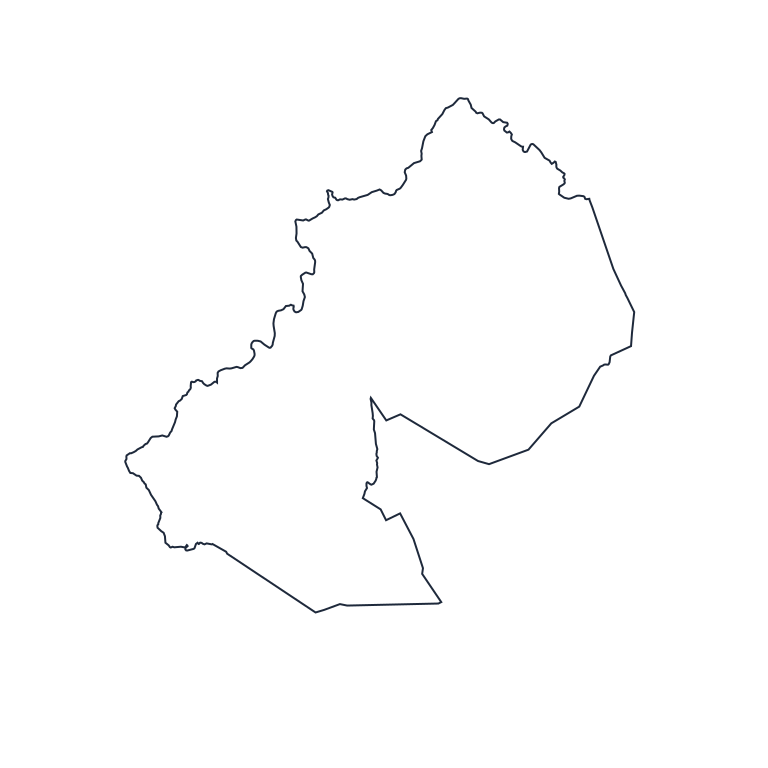 the district of Marahoue, Marahoué, Ivory Coast, rotated 243°
{"feature_id": "98640826B99867209198649", "entity_name": "Marahoue", "entity_type": "district", "adm_level": 2, "iso_a3": "CIV", "parent_name": "Ivory Coast", "parent_adm1": "Marahoué", "projection": "albers", "projection_center": [-5.732, 7.127], "detail": "fine", "context": "isolated", "style": "outline", "palette": "slate", "viewbox_px": 768, "rotation_deg": 243, "n_neighbors": 0, "source": "geoboundaries", "source_scale": "gbopen_adm2", "svg_char_len": 6166}
<svg xmlns="http://www.w3.org/2000/svg" viewBox="0 0 768 768"><g transform="rotate(243 384 384)"><path d="M498.0,332.0L496.3,328.4L496.4,325.7L497.2,323.1L497.3,321.7L496.9,320.6L496.1,319.6L491.7,315.4L488.2,313.0L485.8,312.0L478.9,309.8L476.4,308.4L471.1,303.6L469.8,302.8L468.9,301.8L467.9,299.4L468.3,298.3L469.4,297.6L473.4,295.3L477.9,293.4L479.8,291.2L481.2,288.6L481.5,287.4L481.1,286.0L480.3,284.5L479.3,283.6L476.4,282.1L475.2,282.5L474.2,283.3L472.8,283.3L469.7,282.4L468.5,281.8L467.5,280.8L465.8,278.0L464.7,275.3L464.3,273.9L463.8,268.7L462.6,265.3L463.3,263.3L465.4,261.4L466.2,260.4L467.2,255.2L467.8,253.5L469.4,250.9L469.9,249.2L470.4,244.7L470.3,242.2L469.4,240.8L466.6,239.5L464.7,237.7L461.1,235.9L462.0,235.5L462.8,234.5L462.9,233.7L462.0,229.5L462.4,226.0L463.2,225.1L465.4,223.8L466.9,223.3L469.1,223.1L470.5,221.3L471.8,220.6L472.2,219.9L472.4,218.2L471.9,217.5L471.8,216.1L472.3,214.8L473.3,213.9L473.2,212.9L469.9,210.8L468.6,210.3L467.7,209.5L467.2,208.7L466.8,207.2L466.0,206.4L465.7,205.0L464.3,203.7L464.0,202.8L464.6,199.2L462.5,197.0L461.8,194.6L461.9,193.3L460.1,189.4L458.8,188.4L457.5,186.5L455.9,186.5L453.2,187.2L449.2,184.8L446.9,182.2L444.9,180.5L439.7,174.4L438.6,173.4L437.8,171.4L435.8,168.8L435.5,167.8L435.7,166.3L438.8,163.1L439.6,159.5L442.2,153.7L441.8,151.6L439.0,146.9L438.5,145.6L438.8,144.3L438.1,141.7L437.4,140.6L437.7,139.4L437.6,134.6L437.0,132.4L436.9,130.0L437.1,127.1L437.7,126.2L437.2,122.3L436.5,121.6L434.1,120.5L432.8,118.5L432.0,118.1L427.1,117.6L425.8,117.7L422.4,117.4L419.9,117.6L418.5,119.8L414.7,121.9L413.4,124.0L410.8,124.9L407.7,124.7L405.3,125.5L404.3,125.4L402.7,126.1L399.5,125.2L396.3,126.3L391.0,126.1L383.3,127.1L379.5,126.9L377.7,127.2L375.3,126.7L370.7,127.5L370.4,126.8L369.5,126.3L368.5,125.0L366.2,123.9L362.5,119.7L361.4,119.1L361.2,118.3L360.5,117.6L358.7,117.0L354.0,118.7L351.5,120.1L347.8,119.7L341.8,117.2L338.0,118.9L335.8,119.2L335.1,119.8L335.0,121.7L333.7,123.0L331.2,129.2L328.9,132.2L328.9,133.1L330.0,135.2L329.3,135.5L328.7,135.4L328.1,132.8L327.2,132.1L326.7,131.9L325.5,132.2L324.9,133.2L323.5,139.6L323.8,140.7L326.8,143.8L327.2,145.8L325.6,146.2L325.5,146.7L326.1,147.9L326.0,148.4L325.2,149.4L323.8,150.1L322.6,151.3L322.5,153.6L319.4,157.6L319.1,158.3L319.2,158.6L306.2,167.2L304.0,167.2L211.5,219.3L209.9,228.1L207.9,244.8L203.3,250.6L163.7,332.8L163.7,336.0L197.5,331.8L202.2,335.1L232.5,339.9L261.4,339.6L261.7,324.0L273.8,324.1L291.9,313.3L295.0,316.7L297.0,318.3L299.0,321.6L301.1,322.1L303.3,323.2L304.0,324.0L303.9,324.8L300.6,326.5L300.0,327.1L299.9,329.5L301.7,332.7L303.2,334.3L303.9,334.7L304.2,335.4L309.2,337.5L312.6,340.4L315.5,341.2L316.6,342.0L319.3,342.5L321.0,345.1L323.3,344.8L325.2,345.5L326.3,346.5L327.5,347.1L329.0,348.5L334.3,349.6L344.3,353.7L348.1,354.3L355.2,358.4L356.2,358.7L358.4,358.2L360.6,359.6L363.3,360.7L371.0,363.2L373.0,364.3L376.8,365.3L377.6,366.0L350.5,369.5L349.5,384.9L272.7,432.8L264.9,441.2L259.9,482.9L273.0,515.2L275.2,547.7L296.0,574.8L301.3,584.5L301.1,587.4L301.3,589.0L300.9,590.1L299.5,592.4L299.6,593.1L301.0,594.9L305.7,598.0L306.5,599.1L305.6,621.3L317.0,628.2L334.5,639.6L350.3,639.9L353.5,639.8L355.4,640.1L364.0,639.9L382.4,640.6L446.7,649.8L454.4,650.6L455.8,651.0L456.7,648.3L457.7,647.3L459.6,647.6L460.7,647.1L463.0,643.8L464.1,641.5L464.6,634.7L465.2,632.6L468.1,629.2L473.4,626.3L474.0,626.1L475.8,627.4L479.1,628.9L480.0,629.8L480.4,634.7L480.8,636.0L481.4,636.5L483.1,636.9L484.2,638.0L485.4,637.9L486.1,637.5L487.1,637.6L488.4,639.7L489.3,640.3L490.2,640.0L491.5,639.0L494.2,638.0L497.2,636.1L498.6,636.0L500.1,636.5L500.9,637.1L503.9,637.8L504.7,637.2L504.2,635.6L504.0,633.4L505.6,633.0L507.9,632.9L512.6,629.8L519.0,629.3L521.8,628.8L529.8,625.9L530.6,625.0L530.8,624.0L530.6,623.2L526.2,617.0L526.6,615.1L527.0,614.5L527.9,613.9L529.7,613.9L532.3,615.6L532.7,614.8L533.6,614.0L539.8,610.6L542.2,608.8L542.9,608.6L544.7,608.6L547.0,609.9L548.3,611.2L550.1,611.0L552.0,610.4L551.9,608.7L552.3,607.6L555.2,606.3L556.6,606.6L557.9,607.7L558.3,609.3L558.2,611.1L559.1,612.0L559.8,612.4L560.9,612.3L563.2,609.1L567.0,607.5L567.6,606.3L567.4,602.4L566.7,600.3L566.9,599.6L567.4,599.0L568.3,598.5L572.2,597.5L577.0,594.7L580.5,594.7L581.3,594.3L582.2,592.7L582.8,590.1L583.8,589.3L585.0,589.3L590.2,587.3L593.5,588.1L598.4,587.9L599.6,588.2L600.6,587.6L601.7,584.9L603.7,582.4L604.2,581.3L604.3,579.9L601.4,572.1L601.3,566.4L601.7,564.3L600.6,562.1L598.0,558.5L595.7,552.4L594.7,551.3L594.7,550.2L594.5,549.5L591.9,546.7L589.9,543.8L588.8,541.4L586.7,541.1L586.8,536.0L586.0,533.3L582.4,529.3L576.8,524.9L574.8,522.9L572.1,522.1L570.3,520.9L566.9,519.5L566.6,519.0L566.1,517.2L567.2,511.0L565.6,503.8L565.9,502.0L565.4,500.3L563.3,498.6L559.6,498.3L556.8,497.1L555.9,496.3L552.8,491.1L551.2,487.9L550.9,486.7L551.1,483.4L550.6,482.4L549.5,481.4L548.5,479.5L548.6,477.6L549.2,475.6L549.9,474.5L551.1,473.9L552.0,473.1L553.1,471.5L554.5,470.3L557.8,469.4L559.3,468.4L559.6,465.3L560.5,460.2L559.9,455.3L561.5,447.0L561.6,445.3L561.2,443.6L561.9,441.1L563.0,439.9L563.8,437.0L565.3,435.3L566.6,434.4L567.1,433.5L567.2,430.7L568.5,428.6L568.5,426.6L569.0,425.8L569.8,425.3L572.1,425.1L573.3,423.7L574.9,423.5L576.5,423.8L577.9,425.1L578.6,425.2L581.9,422.5L582.1,421.4L581.7,420.7L579.5,420.7L577.9,420.1L576.9,420.1L575.3,419.1L574.3,418.0L570.7,417.2L568.1,417.0L566.6,415.5L566.3,414.7L565.9,411.8L566.0,409.2L564.8,406.4L564.9,402.5L564.0,400.3L563.8,398.3L563.9,395.5L563.6,391.5L563.9,390.8L566.0,389.3L566.3,388.7L566.4,386.2L569.7,381.6L570.2,380.8L570.0,379.9L569.1,378.8L563.9,377.4L557.8,374.4L554.1,371.8L551.6,371.0L550.1,371.5L543.8,372.1L542.4,373.4L541.8,375.8L541.3,376.8L540.4,377.5L539.2,378.2L536.3,378.1L532.8,379.2L528.4,378.2L526.3,378.7L524.9,378.5L523.7,377.9L517.8,373.8L515.2,372.6L514.5,371.8L514.1,370.3L514.8,369.1L518.6,365.4L518.9,364.5L518.5,360.7L518.0,359.0L517.3,358.5L514.0,357.5L510.0,357.3L503.6,353.5L500.0,353.6L497.4,353.0L494.4,349.9L490.6,347.1L488.0,344.6L487.6,343.9L487.1,340.4L487.8,338.2L489.2,337.2L491.4,337.1L492.8,337.7L493.7,338.6L494.9,339.0L495.7,337.9L496.9,337.0L496.8,335.1L498.0,332.0Z" fill="none" stroke="#1e293b" stroke-width="2"/></g></svg>